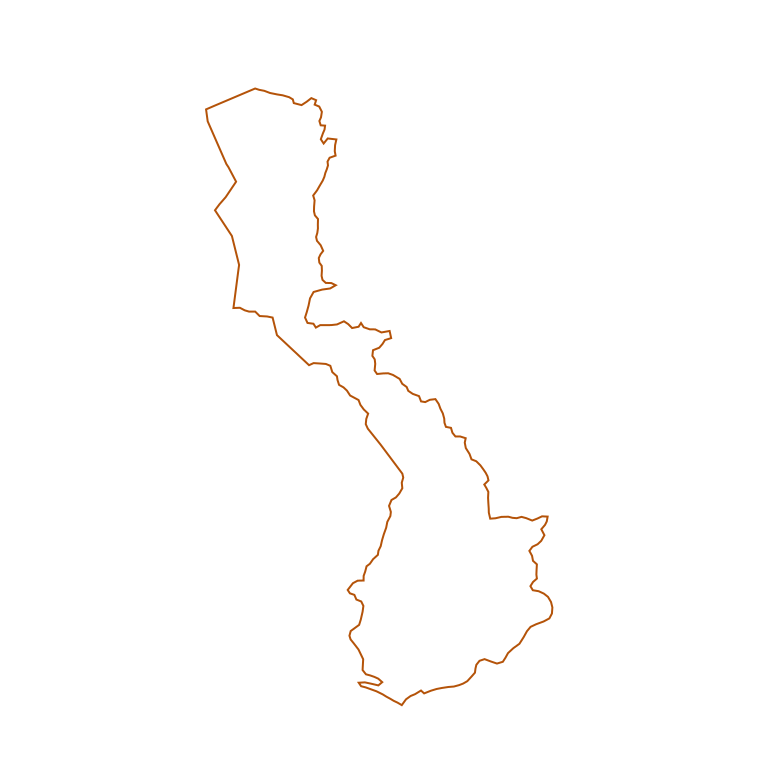 Nilo Peçanha, Bahia, Brazil, rotated 77°
{"feature_id": "56859067B55520695908200", "entity_name": "Nilo Peçanha", "entity_type": "district", "adm_level": 2, "iso_a3": "BRA", "parent_name": "Brazil", "parent_adm1": "Bahia", "projection": "robinson", "projection_center": [-39.172, -13.65], "detail": "fine", "context": "isolated", "style": "outline", "palette": "amber", "viewbox_px": 768, "rotation_deg": 77, "n_neighbors": 0, "source": "geoboundaries", "source_scale": "gbopen_adm2", "svg_char_len": 3867}
<svg xmlns="http://www.w3.org/2000/svg" viewBox="0 0 768 768"><g transform="rotate(77 384 384)"><path d="M550.0,254.4L548.5,259.8L549.6,264.8L550.4,270.3L546.7,275.6L544.4,279.9L544.6,284.9L543.3,288.9L541.3,292.7L539.9,299.4L539.9,305.6L539.1,310.8L532.9,310.8L529.0,310.0L523.4,309.1L518.3,308.2L512.6,306.6L508.2,307.7L504.5,308.9L501.4,303.9L497.3,303.9L493.4,304.9L489.3,306.5L484.9,308.4L480.0,311.5L477.1,315.7L471.4,316.4L464.8,318.7L459.3,318.5L455.2,316.6L452.2,321.7L451.2,326.2L446.9,328.3L441.8,328.6L439.7,333.3L435.4,333.8L431.3,333.1L425.9,333.3L420.7,334.6L415.7,335.2L410.3,337.3L409.7,342.9L410.9,347.9L409.3,351.8L403.7,352.6L400.1,358.2L396.1,361.9L392.0,362.6L387.9,366.2L382.6,367.6L377.2,373.2L374.5,377.5L373.5,382.4L372.7,388.5L368.7,390.1L362.4,388.0L357.9,387.5L354.0,389.0L348.6,387.1L347.6,380.5L344.7,376.5L341.4,373.2L340.9,366.7L333.6,366.6L333.2,374.9L328.8,380.3L327.5,385.6L324.1,391.0L319.4,392.7L322.5,395.9L322.3,402.5L317.6,405.4L313.9,408.9L315.4,416.4L314.7,422.3L313.3,428.6L312.3,432.9L313.7,437.7L309.4,439.2L307.3,444.8L301.5,446.0L296.6,443.1L290.5,439.8L283.9,436.8L278.5,431.9L278.1,423.0L278.8,415.0L276.9,408.8L273.8,412.6L272.4,418.0L268.7,420.5L264.6,420.5L259.6,419.0L254.9,418.1L251.2,419.7L246.6,419.2L243.4,416.7L240.6,413.3L234.5,414.5L229.4,417.1L225.5,417.1L221.8,415.0L217.6,413.4L213.8,412.6L208.4,411.2L204.1,413.4L200.0,413.4L195.4,412.2L189.4,410.3L184.4,410.6L180.2,405.6L176.4,402.1L172.0,397.9L168.7,395.5L165.2,393.7L162.0,391.5L158.4,389.4L154.6,389.0L151.3,386.1L150.6,379.8L146.1,379.6L140.2,377.9L135.0,375.4L132.1,383.6L136.1,388.7L131.3,390.5L126.0,387.1L122.7,384.7L119.0,383.3L117.7,387.5L113.2,387.8L110.0,385.4L104.8,383.3L99.1,384.7L96.2,388.7L92.2,386.3L89.1,390.5L91.6,395.9L93.7,401.6L90.0,408.7L86.2,408.8L83.2,411.9L79.9,417.8L77.8,423.0L74.8,429.6L71.4,434.7L69.3,439.4L67.1,443.1L74.8,486.9L76.4,495.6L88.4,496.7L106.0,493.4L134.2,488.1L137.7,486.8L153.6,482.6L166.3,496.2L171.8,503.8L176.7,509.6L205.6,498.9L235.4,498.4L239.3,499.9L276.1,513.6L277.3,507.3L280.9,503.1L283.1,499.2L284.5,493.2L289.8,489.9L291.9,482.7L294.2,477.6L312.3,477.3L348.8,452.8L347.8,447.9L349.5,442.2L351.4,436.1L354.2,432.2L360.8,431.7L365.9,428.1L369.6,428.4L374.7,428.0L378.2,424.2L382.1,421.6L387.6,419.6L393.9,412.4L399.0,411.7L404.3,409.4L409.3,406.1L414.0,409.1L419.0,410.8L423.9,409.8L442.2,401.0L475.5,386.3L479.5,386.3L484.2,388.9L489.7,389.6L494.2,393.8L497.2,397.9L498.7,402.8L503.9,406.5L510.2,406.1L514.1,407.5L519.1,411.8L524.5,414.2L530.4,418.0L535.9,421.1L541.3,423.7L545.2,426.9L549.1,428.4L552.2,434.0L556.0,438.2L557.7,442.0L562.5,444.5L566.4,447.0L570.9,448.1L569.7,453.9L571.1,459.1L573.8,462.4L576.5,465.7L580.3,464.3L582.8,460.3L587.8,459.4L590.8,455.1L595.6,454.0L601.1,456.1L608.3,459.6L613.1,462.4L615.2,467.3L617.2,472.0L621.5,474.3L625.4,474.0L629.7,471.9L636.9,468.6L642.6,467.3L647.5,466.2L652.3,467.6L657.9,469.2L662.8,466.9L664.8,463.1L667.2,459.3L669.8,455.9L674.1,452.8L676.4,457.3L673.2,463.8L670.4,469.8L669.4,475.8L673.3,474.3L675.5,470.1L678.4,465.6L681.7,460.5L686.1,455.1L689.1,452.1L692.2,448.6L694.9,445.8L697.5,442.5L700.9,438.9L696.2,433.5L694.0,428.3L693.2,423.5L691.0,416.9L694.5,414.5L693.4,407.2L693.0,401.3L693.2,396.0L693.7,389.4L694.5,384.0L694.3,378.6L693.7,374.3L692.3,369.7L688.6,364.3L685.7,360.3L681.9,358.9L678.4,357.2L675.2,353.2L674.7,347.9L678.6,342.0L681.8,336.8L681.4,330.7L678.0,327.2L674.1,323.7L670.5,317.4L667.6,310.5L662.0,304.8L657.0,300.3L653.6,295.8L652.3,289.8L651.3,281.9L649.6,275.6L645.4,272.0L639.6,270.2L634.0,270.3L628.3,272.1L624.2,275.4L620.7,279.9L618.4,285.4L613.9,286.8L610.4,283.3L608.0,278.8L604.0,278.4L599.6,277.2L594.1,275.6L589.8,278.6L584.7,278.4L579.3,279.9L576.0,276.0L574.7,270.4L572.2,266.1L567.4,261.7L560.9,263.4L557.5,258.8L554.5,256.3L550.0,254.4Z" fill="none" stroke="#b45309" stroke-width="2"/></g></svg>